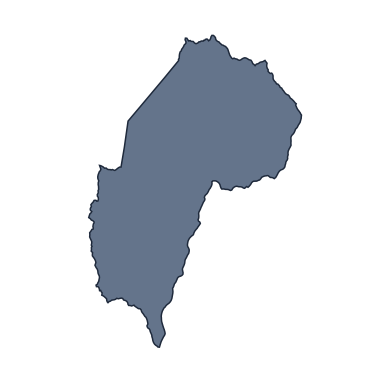 outline of Francisco Sá, Minas Gerais, Brazil, rotated 7°
{"feature_id": "56859067B59218349000893", "entity_name": "Francisco Sá", "entity_type": "district", "adm_level": 2, "iso_a3": "BRA", "parent_name": "Brazil", "parent_adm1": "Minas Gerais", "projection": "equal_earth", "projection_center": [-43.461, -16.444], "detail": "fine", "context": "isolated", "style": "filled", "palette": "slate", "viewbox_px": 384, "rotation_deg": 7, "n_neighbors": 0, "source": "geoboundaries", "source_scale": "gbopen_adm2", "svg_char_len": 5975}
<svg xmlns="http://www.w3.org/2000/svg" viewBox="0 0 384 384"><g transform="rotate(7 192 192)"><path d="M97.0,176.9L98.8,180.5L98.4,182.0L97.5,183.2L97.2,184.6L96.8,186.0L96.6,188.1L96.8,189.7L97.4,191.1L98.1,192.3L97.8,194.1L98.0,196.2L98.5,197.7L99.0,200.8L98.6,202.3L99.0,203.5L98.9,204.8L98.3,206.0L98.6,207.7L99.6,208.8L100.0,210.5L99.7,212.4L98.5,212.7L97.8,212.0L96.8,212.0L95.8,212.3L95.4,213.4L94.7,214.7L94.0,215.5L93.2,217.0L93.9,218.6L93.1,220.7L93.2,222.2L94.0,223.0L94.9,223.5L94.3,225.0L93.3,226.2L93.0,227.7L92.6,230.0L94.4,230.9L95.5,232.1L96.9,232.5L98.2,233.3L98.6,234.5L98.0,235.7L97.9,237.0L97.9,238.6L98.4,239.7L98.3,241.0L97.3,241.3L96.3,243.4L95.4,244.9L95.8,246.8L95.9,249.1L98.5,253.4L98.7,255.0L98.5,257.0L99.4,258.1L98.9,259.1L99.1,260.5L99.3,261.7L99.1,262.9L99.9,263.6L100.7,264.3L100.7,265.9L100.9,267.5L103.2,270.0L103.9,271.0L104.7,272.3L105.2,273.8L104.6,276.5L105.3,277.6L106.2,278.9L107.1,279.8L108.0,281.4L108.3,282.5L108.6,283.9L109.3,285.3L110.2,286.5L110.6,288.4L110.4,290.2L110.3,292.0L109.6,293.7L109.2,295.2L108.1,296.1L108.7,297.6L110.2,297.4L111.1,298.1L111.8,299.5L112.3,301.2L113.3,300.8L114.0,302.0L115.0,302.9L115.1,304.1L115.0,305.4L116.5,305.9L117.6,306.5L119.0,307.5L120.2,308.4L120.6,310.0L121.2,311.3L122.1,312.1L123.0,310.9L124.3,310.3L125.4,309.2L128.3,308.3L129.3,307.7L130.3,306.7L131.8,307.0L134.7,305.9L136.2,306.1L137.2,307.5L139.4,307.9L140.7,308.6L141.7,309.8L142.2,311.4L143.0,312.3L144.5,312.2L145.9,312.5L148.2,311.4L149.2,312.3L150.3,312.9L151.5,313.5L153.0,314.3L154.6,314.2L155.8,315.1L156.4,316.5L157.2,317.7L158.3,318.7L160.4,321.2L161.6,322.0L162.4,323.3L163.1,324.7L163.8,326.6L164.3,328.3L163.6,330.4L164.3,331.8L165.0,332.5L166.4,333.2L167.0,334.1L167.6,335.7L168.5,337.2L169.5,338.9L169.9,340.6L170.6,342.1L171.3,344.4L172.2,346.1L173.4,347.6L174.8,348.6L176.1,349.2L177.0,350.0L178.6,350.0L179.0,347.6L179.3,345.9L179.6,344.4L180.1,342.8L180.6,341.4L181.5,338.9L182.1,337.9L182.6,336.0L182.2,334.4L181.7,333.2L181.2,332.0L180.5,330.7L179.3,328.1L178.6,326.5L177.6,324.1L177.2,322.2L176.9,320.3L176.6,319.1L176.6,317.6L176.7,316.0L177.1,313.8L177.8,311.9L178.3,310.6L179.3,309.5L180.1,307.9L181.0,306.8L182.8,305.1L183.9,303.5L184.6,301.9L185.0,300.0L185.3,294.7L185.2,293.1L184.9,291.8L184.5,289.9L185.2,288.4L185.8,285.2L186.8,283.7L187.4,281.8L188.2,279.0L188.9,278.0L189.8,277.4L191.0,276.9L192.2,276.0L193.0,274.9L193.0,273.3L192.4,271.6L191.9,269.9L192.0,268.6L192.6,266.9L193.1,265.2L193.4,263.7L193.4,260.6L193.8,259.2L194.4,257.9L195.3,255.1L196.2,253.3L196.4,251.5L196.3,249.8L195.6,248.3L194.4,246.7L193.9,245.2L193.9,243.5L194.0,241.8L194.2,240.6L194.7,239.3L195.2,238.1L196.9,235.8L197.9,235.0L198.6,234.1L198.9,232.3L199.5,230.6L200.3,229.2L201.6,227.3L202.1,226.1L203.7,223.2L204.1,222.1L203.4,220.9L202.0,220.1L201.4,218.7L201.8,217.3L201.8,215.9L201.6,214.3L201.2,212.6L201.3,211.1L202.4,208.1L202.8,206.3L203.3,204.9L204.2,201.9L204.7,200.4L205.5,198.9L205.7,197.4L204.9,195.8L205.3,194.1L206.1,193.0L207.1,191.8L207.7,190.6L208.3,189.0L208.8,187.3L209.5,186.3L210.6,183.5L210.9,181.6L210.5,179.4L211.5,178.4L212.7,178.2L214.2,178.1L215.2,178.4L216.3,178.9L217.4,179.6L218.2,180.4L218.9,181.5L219.6,183.2L220.5,184.8L221.3,185.5L222.3,185.2L223.5,185.1L224.7,185.3L227.4,185.1L228.7,185.4L230.0,185.8L231.2,185.2L232.1,183.3L232.9,182.4L233.6,181.7L234.5,181.2L235.7,180.8L237.9,181.1L239.2,180.9L240.9,181.0L242.6,181.8L243.8,181.9L245.6,179.9L247.0,180.5L248.2,179.1L249.3,177.4L250.0,175.6L250.9,174.4L251.9,173.8L254.9,173.3L255.8,172.8L256.6,172.2L257.6,171.9L258.6,170.5L259.3,169.0L260.3,168.3L261.2,167.7L262.4,167.2L263.7,166.9L264.7,166.5L265.8,166.6L267.9,168.0L269.1,167.9L270.5,168.0L272.0,168.7L273.3,167.4L274.0,165.8L274.6,164.3L275.3,162.3L276.3,160.5L277.4,159.4L278.3,158.9L279.5,158.2L280.5,157.0L281.1,155.8L281.2,153.8L281.5,152.6L281.5,151.2L281.9,149.8L282.6,148.6L282.9,147.2L282.6,146.0L282.6,144.7L282.9,143.4L282.5,141.7L282.5,139.7L283.3,137.1L284.0,135.4L284.6,133.6L284.2,131.4L284.1,129.4L283.8,127.7L283.5,126.1L283.7,124.8L284.2,123.6L285.6,121.7L286.2,120.4L286.7,118.8L287.1,117.0L288.0,115.9L288.6,115.0L289.4,112.6L290.0,111.5L290.8,109.7L291.1,107.6L291.4,105.6L291.3,104.0L291.3,102.3L290.4,101.3L289.8,100.3L288.7,99.1L287.9,98.2L286.9,97.3L285.9,95.9L284.3,93.1L284.7,91.7L283.8,91.2L281.6,89.1L279.5,87.5L278.2,86.9L277.5,85.9L276.7,84.8L275.6,84.0L274.3,83.7L273.3,83.2L272.4,82.5L271.5,81.6L270.7,80.6L269.4,79.4L268.4,78.0L267.4,77.6L266.6,77.2L265.9,76.0L264.0,74.4L262.7,74.4L261.7,72.9L260.5,72.1L259.6,71.1L258.9,70.2L258.5,68.6L258.3,66.8L257.6,65.3L256.6,64.3L255.2,64.8L254.0,64.0L252.8,63.0L252.7,61.3L251.7,60.2L250.9,58.4L250.7,56.8L250.8,55.0L249.8,54.0L249.1,53.3L248.4,52.5L246.4,54.0L243.8,54.9L242.8,55.9L241.8,56.7L240.3,57.2L239.2,58.9L238.0,57.9L236.7,57.2L235.6,55.3L234.4,54.0L232.5,53.8L231.1,53.1L230.1,52.7L229.1,52.4L227.9,52.4L226.7,52.9L225.2,54.0L224.3,54.9L223.1,55.5L221.8,55.3L220.5,54.6L218.6,54.5L217.4,54.0L216.3,54.8L215.1,54.3L212.9,51.7L211.7,49.3L210.2,46.1L209.5,45.1L208.5,44.4L207.7,43.5L206.2,43.1L205.0,42.5L203.8,42.4L202.6,41.5L201.1,40.5L200.4,39.7L199.2,39.5L197.8,38.6L196.9,37.5L196.6,36.2L195.5,34.9L194.2,34.0L192.7,34.1L192.0,35.5L191.8,37.1L191.2,38.9L190.0,39.9L189.2,38.9L188.2,38.3L186.6,38.9L186.1,40.0L185.2,40.0L184.6,40.9L183.4,40.9L182.4,41.3L181.6,42.0L180.6,42.1L179.5,43.5L177.9,44.3L176.3,43.8L175.0,42.5L173.8,42.5L172.8,42.6L171.7,41.9L170.4,42.5L169.2,41.3L168.1,40.0L166.7,40.1L166.6,41.8L167.8,43.8L167.7,45.4L166.4,46.9L165.9,48.6L165.2,50.2L164.3,51.7L164.2,53.1L163.2,54.3L162.8,56.5L162.8,58.3L162.9,59.5L163.0,60.9L162.4,61.9L162.7,63.2L150.7,82.1L132.3,110.4L119.9,129.4L119.4,156.0L118.5,175.9L117.1,176.1L116.2,176.8L115.2,177.7L114.0,179.0L112.8,180.0L111.3,179.7L110.2,179.4L109.0,180.0L108.1,179.7L106.8,179.9L105.4,179.8L103.9,178.7L102.3,179.0L100.7,177.9L99.3,177.4L98.2,177.0L97.0,176.9Z" fill="#64748b" stroke="#1e293b" stroke-width="1.5"/></g></svg>